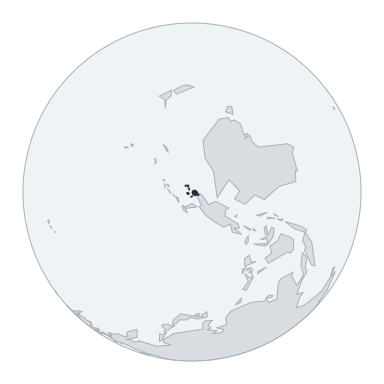 the Earth from above Milne Bay, rotated 198°
{"feature_id": "PNG-1252", "entity_name": "Milne Bay", "entity_type": "Province", "adm_level": 1, "iso_a3": "PNG", "parent_name": "Papua New Guinea", "parent_adm1": "", "projection": "orthographic", "projection_center": [151.454, -10.028], "detail": "fine", "context": "on_globe", "style": "filled", "palette": "slate", "viewbox_px": 384, "rotation_deg": 198, "n_neighbors": 0, "source": "natural_earth", "source_scale": "10m", "svg_char_len": 8865}
<svg xmlns="http://www.w3.org/2000/svg" viewBox="0 0 384 384"><g transform="rotate(198 192 192)"><circle cx="192" cy="192" r="169" fill="#eef3f6" stroke="#a8b0b8"/><path d="M269.6,213.2L269.6,214.5L269.4,214.6L269.6,213.2ZM276.6,45.8L264.2,39.8L264.5,40.9L260.8,38.6L264.5,43.5L260.0,44.3L262.2,41.6L260.3,40.1L255.8,39.4L252.8,37.7L248.9,36.6L245.8,34.9L247.3,34.0L245.3,33.0L242.2,32.7L237.1,31.2L241.9,31.7L233.5,29.3L234.5,28.6L240.0,30.0L252.6,34.3L264.9,39.6L276.6,45.8ZM319.4,121.3L318.1,117.6L320.4,120.0L319.4,121.3ZM316.2,115.4L316.9,116.6L316.1,115.6L316.2,115.4ZM314.9,114.6L315.8,115.2L314.9,114.9L314.9,114.6ZM313.3,114.1L314.1,114.2L314.1,114.3L313.3,114.1ZM310.5,112.1L309.7,111.5L310.4,111.3L310.5,112.1ZM292.1,55.9L291.6,55.5L288.4,53.2L292.1,55.9ZM265.4,42.4L267.4,42.8L266.5,43.1L265.4,42.4ZM249.0,36.8L249.3,37.3L247.2,36.6L249.0,36.8ZM240.3,33.4L236.7,32.3L240.7,33.2L240.3,33.4ZM234.8,31.6L226.1,29.5L226.1,30.3L221.0,27.4L230.1,29.8L235.0,30.7L233.3,30.8L234.8,31.6ZM219.5,26.4L217.6,26.0L219.9,26.3L219.5,26.4ZM166.3,25.0L167.0,25.0L161.1,26.0L172.2,24.8L172.8,25.8L174.7,25.3L181.2,25.1L181.1,24.7L182.5,24.5L199.3,25.3L201.8,26.0L211.1,26.8L212.1,26.7L210.7,26.1L221.0,27.4L226.1,30.3L223.7,30.4L228.6,32.6L222.3,32.6L219.4,34.1L209.8,33.7L208.3,35.3L210.4,36.1L210.0,39.3L201.9,44.2L199.2,36.8L209.5,31.1L204.5,32.8L202.9,31.6L199.4,31.9L196.1,33.5L197.4,34.1L178.0,34.4L164.6,39.9L172.2,40.2L173.9,42.7L165.3,51.9L139.3,64.9L141.3,70.5L139.4,74.1L133.1,76.0L135.8,70.7L132.2,68.6L134.6,65.7L125.5,67.8L128.6,63.7L119.9,67.8L119.8,71.1L126.8,70.4L118.0,76.4L121.1,82.8L118.1,90.8L101.4,105.5L89.5,110.5L88.0,113.3L85.1,110.4L78.4,116.4L81.8,132.1L80.7,137.0L71.2,147.0L71.5,143.3L63.6,135.6L60.2,147.5L66.1,156.6L68.0,168.3L62.6,165.1L60.9,155.0L58.1,151.9L60.3,141.5L60.8,127.1L55.4,130.7L57.2,124.8L57.0,114.1L50.1,119.2L38.2,137.3L34.3,153.0L31.2,160.9L33.2,140.2L37.6,126.1L36.1,128.4L40.0,118.3L45.8,107.2L52.6,96.6L60.0,86.5L68.2,77.0L77.1,68.1L86.7,59.9L96.8,52.4L107.4,45.7L118.5,39.9L130.0,34.8L141.9,30.6L154.0,27.4L166.3,25.0ZM81.3,314.3L84.0,316.0L83.8,316.6L81.3,314.3ZM102.5,195.2L107.1,195.9L107.0,196.7L102.5,195.2ZM97.7,192.4L102.7,192.6L97.0,194.2L97.7,192.4ZM104.7,192.7L109.8,191.1L112.1,189.8L111.8,191.5L104.7,192.7ZM94.3,192.6L77.5,193.2L71.1,191.6L72.3,188.5L82.5,188.6L94.3,192.6ZM71.8,188.5L62.6,181.3L52.3,159.8L55.9,159.6L67.2,171.9L66.4,174.4L72.0,180.2L71.8,188.5ZM95.4,172.2L94.6,179.7L85.0,179.4L80.8,178.4L77.9,169.1L79.5,164.3L82.8,164.2L97.4,147.8L102.2,151.6L97.3,158.3L101.3,164.6L95.4,172.2ZM34.3,154.3L34.4,163.1L33.0,165.2L34.3,154.3ZM104.6,136.9L97.8,143.7L104.4,134.7L104.6,136.9ZM109.2,128.6L109.0,132.0L107.1,128.8L109.2,128.6ZM86.7,117.7L83.1,118.7L83.6,116.5L88.6,113.9L86.7,117.7ZM115.7,97.9L113.5,104.1L112.0,106.3L111.4,102.5L115.7,97.9ZM237.0,280.3L240.8,282.6L236.9,287.5L230.6,292.2L222.7,292.5L237.0,280.3ZM180.5,285.4L177.0,278.4L184.9,278.7L184.4,284.5L180.5,285.4ZM241.6,276.9L245.0,271.5L243.2,263.6L246.5,271.2L252.8,273.0L242.9,282.6L241.6,276.9ZM142.4,255.4L115.8,267.5L109.0,265.9L108.7,260.4L98.4,244.5L100.4,244.7L96.5,234.1L111.0,224.2L120.8,207.2L131.3,208.6L137.8,196.8L149.3,198.4L147.1,207.7L160.6,215.1L166.2,194.2L177.9,218.3L190.0,228.2L197.5,244.5L188.6,269.8L180.3,274.0L177.1,271.1L174.0,273.6L167.0,271.7L160.1,262.3L157.2,264.8L158.5,258.4L155.0,263.9L150.0,258.0L142.4,255.4ZM226.5,222.2L229.1,223.4L234.3,228.5L230.0,226.9L226.5,222.2ZM263.2,216.5L265.1,218.9L262.2,218.7L263.2,216.5ZM269.4,214.6L265.9,214.6L269.6,213.2L269.4,214.6ZM236.1,210.3L237.7,212.1L236.8,212.4L236.1,210.3ZM235.0,209.6L236.1,207.5L236.3,209.9L235.0,209.6ZM221.5,194.8L222.7,193.8L223.5,194.9L221.5,194.8ZM114.0,196.0L120.0,190.1L123.7,189.7L114.0,196.0ZM219.2,191.9L215.7,191.2L215.9,190.0L219.2,191.9ZM219.1,189.1L218.5,187.3L221.1,191.7L219.1,189.1ZM212.2,184.2L216.6,187.9L211.7,184.5L212.2,184.2ZM209.8,184.3L206.7,182.5L206.9,182.0L209.8,184.3ZM178.9,182.3L189.8,193.6L181.7,192.4L172.4,185.1L166.4,190.3L152.0,188.1L154.9,184.7L152.7,179.2L138.6,176.1L135.8,172.5L140.5,170.4L131.6,167.2L141.3,166.2L145.5,173.5L151.1,168.4L161.4,170.6L171.8,174.1L180.8,180.4L178.9,182.3ZM141.9,181.9L143.7,182.0L142.3,184.1L141.9,181.9ZM201.0,177.6L205.4,181.8L204.9,182.6L202.9,181.8L201.0,177.6ZM182.8,179.4L192.2,174.7L194.6,175.2L188.4,181.1L182.8,179.4ZM189.7,170.6L194.3,172.0L197.0,175.7L196.0,176.5L189.7,170.6ZM122.2,174.3L121.9,176.3L119.5,174.7L122.2,174.3ZM125.2,173.3L132.6,175.7L124.6,174.9L125.2,173.3ZM104.3,166.2L106.2,170.8L112.4,167.8L107.7,172.1L112.2,179.8L110.9,182.7L106.4,174.3L105.3,182.9L102.6,182.8L100.9,175.4L103.4,166.5L106.1,162.9L117.4,161.5L104.3,166.2ZM125.0,167.6L123.1,162.2L124.6,158.7L126.6,161.6L125.0,167.6ZM118.1,149.5L113.8,143.6L109.4,145.8L118.9,137.7L121.4,144.7L118.1,149.5ZM115.3,136.6L111.1,138.6L115.8,134.0L115.3,136.6ZM110.3,136.7L110.4,132.7L113.4,133.2L110.3,136.7ZM117.4,136.8L119.1,130.1L120.2,134.1L117.4,136.8ZM110.6,124.0L116.2,130.4L107.9,127.6L110.1,115.2L113.8,114.9L110.6,124.0ZM147.0,78.6L147.5,75.7L151.5,75.3L150.1,77.4L147.0,78.6ZM165.2,72.6L152.8,74.3L143.0,76.4L144.9,77.8L140.7,82.7L139.0,77.9L147.6,72.9L154.6,72.3L157.8,68.5L164.3,66.5L166.3,61.9L169.8,60.3L170.2,64.4L165.2,72.6ZM166.8,60.0L172.5,52.9L179.1,54.7L179.3,56.7L173.9,59.0L170.8,57.9L166.8,60.0ZM175.8,51.8L172.8,50.8L174.9,41.3L176.9,39.8L178.9,47.3L176.1,46.9L174.5,49.1L175.8,51.8ZM217.1,26.1L217.6,26.0L218.5,26.4L217.1,26.1ZM182.3,24.3L184.3,24.1L185.3,24.3L182.3,24.3ZM190.5,23.8L188.0,23.7L191.5,23.7L190.5,23.8ZM182.1,23.7L187.3,23.6L181.3,23.8L182.1,23.7Z" fill="#d9dde1" stroke="#a8b0b8" stroke-width="1"/><path d="M186.2,190.7L186.4,190.7L186.7,190.8L186.8,190.8L187.0,190.7L187.3,190.8L187.7,190.8L187.8,190.9L187.9,191.0L187.7,191.2L187.3,191.3L187.2,191.3L187.0,191.5L187.3,191.7L187.4,191.9L187.4,192.0L187.5,192.0L187.8,192.2L188.0,192.2L188.3,192.2L188.4,192.3L188.5,192.3L188.9,192.5L189.0,192.5L189.3,192.6L189.5,192.5L189.9,192.7L190.1,192.7L190.3,192.6L190.1,192.7L189.7,192.9L189.4,192.9L189.1,192.8L188.9,192.8L188.8,193.0L189.0,193.1L189.7,193.3L189.7,193.5L189.8,193.6L189.4,193.8L189.3,193.7L189.2,193.8L189.0,194.0L188.9,193.9L188.9,194.0L188.8,193.9L188.6,194.0L188.5,193.9L188.4,194.0L188.3,193.9L188.1,193.9L187.9,193.8L187.8,193.7L187.7,193.7L187.4,193.6L187.5,193.5L187.5,193.4L187.4,193.5L187.5,193.4L187.8,193.4L188.0,193.3L187.9,193.3L187.8,193.2L187.7,193.2L187.6,193.4L187.4,193.1L187.1,192.9L186.9,192.9L186.8,192.3L186.8,192.2L186.5,192.1L186.4,192.0L186.2,191.9L185.8,191.7L185.7,191.6L185.3,191.3L185.1,191.3L184.9,191.3L184.7,191.3L184.8,191.1L185.0,191.0L186.0,190.8L186.2,190.7ZM190.1,190.9L189.9,190.9L189.7,190.9L189.4,190.8L189.0,190.8L189.2,190.7L189.3,190.6L189.2,190.5L189.1,190.4L189.0,190.2L189.5,190.1L189.7,190.3L189.9,190.2L190.0,190.1L190.2,190.3L190.3,190.5L190.4,190.8L190.5,190.9L190.4,191.0L190.4,190.9L190.3,191.0L190.2,191.1L190.3,190.9L190.2,190.9L190.1,190.9ZM196.4,189.3L196.5,189.4L196.5,189.5L196.4,189.6L196.2,189.7L195.8,189.5L195.7,189.6L195.8,189.6L195.7,189.7L195.7,189.4L195.3,189.2L195.1,189.1L194.9,189.1L195.0,189.0L195.0,188.9L194.9,188.9L194.8,189.1L194.7,188.9L194.8,188.9L195.0,188.8L195.1,189.0L195.3,188.9L195.6,189.0L195.9,189.0L196.0,189.1L196.3,189.2L196.4,189.3L196.4,189.3ZM191.1,191.9L191.3,191.7L191.5,191.7L191.6,191.8L191.5,192.1L191.4,192.3L191.3,192.5L191.1,192.4L190.8,192.3L190.6,192.2L190.7,191.9L190.4,191.9L190.3,191.6L190.2,191.4L190.0,191.2L190.2,191.3L190.4,191.4L190.6,191.6L190.8,191.7L190.9,191.8L190.9,192.0L191.1,192.0L191.1,191.9ZM198.7,196.6L198.4,196.7L198.2,196.7L198.1,196.8L198.1,196.7L197.9,196.6L197.7,196.6L197.5,196.4L197.3,196.4L197.3,196.2L197.2,196.1L197.0,195.9L197.3,195.9L197.4,196.0L197.7,196.1L197.9,196.2L198.1,196.3L198.5,196.4L198.5,196.5L198.7,196.6ZM188.7,189.8L188.9,190.1L188.7,190.4L188.8,190.4L188.8,190.5L188.7,190.5L188.5,190.4L188.5,190.5L188.5,190.3L188.3,190.3L188.2,190.2L188.1,189.9L188.2,189.7L188.3,189.6L188.7,189.7L188.7,189.8ZM191.0,188.3L191.1,188.5L191.0,188.3L190.8,188.2L191.0,187.9L191.0,187.7L190.9,187.6L190.7,187.6L190.8,187.4L191.1,187.3L191.0,187.5L191.1,187.8L191.0,188.2L191.0,188.3ZM200.2,195.9L200.2,196.0L199.8,196.1L199.7,196.1L199.4,196.0L199.5,196.0L199.4,195.9L199.5,196.0L199.8,196.0L199.8,195.9L199.7,196.0L199.7,195.9L199.8,195.8L200.0,195.8L200.2,195.9ZM195.9,193.8L196.1,193.9L196.0,194.0L195.9,194.0L195.3,193.9L195.2,193.8L195.2,193.7L195.4,193.8L195.6,193.9L195.9,193.8ZM190.3,193.5L190.4,193.8L190.1,193.8L190.0,193.7L190.2,193.8L190.3,193.8L190.1,193.6L190.3,193.5L190.3,193.5ZM190.9,193.7L190.8,193.8L190.7,193.9L190.4,193.8L190.4,193.7L190.5,193.7L190.8,193.7L190.9,193.7ZM197.0,195.7L196.9,195.6L196.8,195.4L196.9,195.5L197.0,195.5L197.0,195.7ZM190.7,190.8L190.8,190.9L190.7,190.9L190.6,190.7L190.8,190.8L190.7,190.8Z" fill="#64748b" stroke="#1e293b" stroke-width="1.5"/></g></svg>